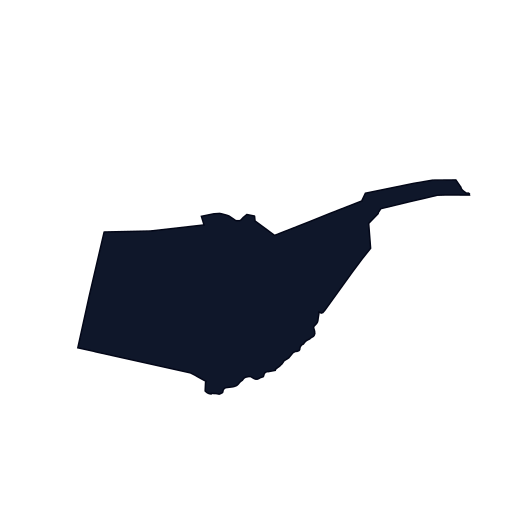 Hwange Urban, Matabeleland North, Zimbabwe, rotated 36°
{"feature_id": "62879985B63106535588765", "entity_name": "Hwange Urban", "entity_type": "district", "adm_level": 2, "iso_a3": "ZWE", "parent_name": "Zimbabwe", "parent_adm1": "Matabeleland North", "projection": "mercator", "projection_center": [26.527, -18.338], "detail": "fine", "context": "isolated", "style": "filled", "palette": "ink", "viewbox_px": 512, "rotation_deg": 36, "n_neighbors": 0, "source": "geoboundaries", "source_scale": "gbopen_adm2", "svg_char_len": 5289}
<svg xmlns="http://www.w3.org/2000/svg" viewBox="0 0 512 512"><g transform="rotate(36 256 256)"><path d="M309.0,148.5L309.3,148.9L309.4,149.0L290.7,178.2L279.2,196.6L258.9,228.4L234.6,228.2L231.5,224.7L231.4,224.7L231.2,224.6L224.2,227.8L223.2,231.7L223.2,231.9L223.1,232.0L223.0,232.3L223.0,232.6L222.6,235.9L222.5,236.1L222.3,236.5L222.1,236.9L222.0,237.0L221.9,237.2L221.7,237.3L219.2,239.1L218.9,239.1L218.7,239.2L218.3,239.3L216.2,239.3L210.7,239.5L210.2,239.6L209.8,239.8L209.6,239.8L209.4,239.9L209.1,240.0L208.8,240.0L203.3,242.1L203.2,242.2L203.0,242.3L202.9,242.3L202.7,242.4L202.5,242.6L202.2,242.6L201.7,242.8L197.0,246.7L188.5,256.0L195.7,261.4L155.7,298.0L119.1,325.8L119.1,326.0L144.5,386.2L165.8,435.0L182.0,427.9L182.1,428.0L271.7,389.1L277.3,388.2L277.5,388.2L279.0,388.1L289.4,386.8L289.5,387.7L289.5,388.0L294.2,395.1L294.7,395.1L294.9,395.2L295.6,395.2L295.8,395.3L297.2,395.3L297.4,395.2L297.7,395.2L299.0,394.9L299.6,394.6L299.9,394.5L300.1,394.4L300.4,394.2L300.6,394.1L300.4,393.9L300.5,393.8L300.5,393.6L300.7,393.4L300.8,393.4L300.9,393.1L301.1,393.0L301.7,392.7L301.8,392.5L302.0,392.5L302.3,392.3L302.4,392.2L302.5,392.2L302.9,391.9L303.0,391.9L303.1,391.7L303.3,391.6L303.5,391.5L303.9,391.2L304.1,391.1L304.5,390.8L304.7,390.7L304.8,390.7L305.0,390.5L305.5,390.3L305.7,390.2L306.0,390.1L306.3,389.9L306.5,389.9L306.8,389.7L307.0,389.6L307.3,389.5L307.7,389.1L307.8,388.9L308.0,388.6L308.1,388.4L308.2,388.2L308.4,387.9L308.4,387.7L308.6,387.4L308.9,386.9L309.0,386.7L309.1,386.4L309.1,385.9L309.1,385.5L308.9,385.2L308.7,385.0L308.7,384.8L308.5,384.3L308.4,384.1L308.2,383.7L308.2,382.0L308.3,381.8L308.4,381.6L308.5,381.2L308.7,380.7L308.9,380.4L309.0,380.3L309.1,380.1L309.3,380.0L314.0,375.6L314.5,375.1L314.6,374.9L314.7,374.7L315.4,374.0L315.5,373.7L315.8,373.3L315.9,373.1L316.1,372.9L316.2,372.7L316.3,372.5L316.5,372.0L316.7,371.5L316.7,371.3L316.9,370.5L316.9,370.1L317.0,369.8L317.0,368.5L317.1,368.3L317.1,367.7L317.2,367.3L317.2,366.9L317.3,366.7L317.4,366.4L317.5,366.2L317.5,365.8L317.8,365.1L318.0,364.6L318.0,362.7L318.1,362.0L318.2,361.8L318.2,361.6L318.5,360.9L318.6,360.7L318.8,360.2L319.1,359.9L319.3,359.7L319.7,359.1L320.0,358.9L320.4,358.5L320.5,358.3L321.1,357.7L321.4,357.5L321.6,357.4L322.0,357.1L322.7,356.7L323.0,356.6L325.0,356.5L325.4,356.4L326.6,356.3L327.0,356.2L327.4,356.1L328.2,355.8L328.5,355.5L328.8,355.4L329.1,355.2L329.4,354.9L329.6,354.7L329.8,354.4L330.1,353.9L330.3,353.5L330.4,353.3L330.6,352.9L330.7,352.6L330.9,352.2L331.2,351.7L331.4,351.4L331.9,350.7L332.2,350.3L332.4,349.9L332.6,349.8L332.7,349.5L332.8,349.3L332.8,349.1L332.7,348.9L332.6,348.6L332.6,348.3L332.4,347.9L332.3,347.7L332.2,347.4L331.9,346.4L331.9,345.1L332.0,344.9L332.2,344.2L332.3,344.0L332.5,343.8L332.6,343.5L332.9,343.2L333.0,343.0L333.2,342.9L333.3,342.8L333.4,342.6L333.5,342.4L333.9,342.4L338.8,337.2L338.6,336.8L338.6,336.4L338.5,336.1L338.5,335.8L338.5,335.6L338.7,335.0L338.8,334.6L338.9,334.3L339.0,333.8L339.0,333.6L339.2,333.1L339.3,333.0L339.3,332.7L339.5,332.4L339.6,332.2L339.7,331.5L340.0,330.7L340.0,330.4L340.0,330.2L340.0,329.9L340.1,329.4L340.2,329.1L340.3,328.9L340.3,328.6L340.4,328.3L340.4,328.2L340.4,325.7L340.3,324.9L340.4,324.0L340.5,323.8L340.7,323.5L340.8,323.0L341.1,322.3L341.3,321.9L341.4,321.6L341.6,321.3L341.6,321.2L341.7,320.9L341.8,320.7L341.8,320.4L342.0,320.2L342.1,319.9L342.2,319.6L342.3,319.4L342.4,319.2L342.4,318.6L342.8,312.3L342.9,312.2L343.0,312.0L343.2,311.7L343.3,311.2L343.5,311.0L343.7,310.5L344.1,310.1L344.4,309.7L344.6,309.6L345.4,308.9L345.5,308.6L345.8,308.2L346.1,307.8L346.2,307.4L346.4,307.2L346.4,306.2L346.3,305.9L346.2,305.8L346.2,305.7L346.0,305.4L345.8,305.1L345.7,304.9L345.7,304.7L345.4,304.3L345.4,304.1L345.2,303.1L345.2,301.2L345.3,301.0L345.3,300.8L345.5,300.6L345.6,300.3L345.7,300.1L345.8,299.9L345.9,299.7L346.0,299.6L346.1,299.4L346.1,299.2L346.1,297.1L346.2,296.8L346.2,296.4L346.3,296.1L346.3,295.8L346.7,294.6L346.8,294.3L347.5,292.8L347.7,292.6L347.8,292.4L347.9,292.1L348.0,291.9L348.2,291.6L348.2,291.3L348.4,290.3L348.7,289.5L348.9,289.2L349.0,288.8L349.1,288.5L349.3,288.2L349.4,287.8L349.6,287.5L349.7,287.3L349.7,286.9L349.7,286.5L349.7,286.2L349.7,285.9L349.4,285.0L349.3,284.8L349.3,284.6L349.3,284.4L349.2,284.2L348.8,283.8L348.6,283.6L348.5,283.4L348.2,283.1L348.0,282.9L347.7,282.4L347.4,282.2L347.0,281.9L346.4,281.4L345.9,281.1L345.5,280.7L345.1,280.4L344.8,280.1L344.6,279.8L344.4,279.5L344.3,279.3L344.2,279.1L344.7,274.9L344.7,274.6L344.6,274.4L344.6,274.0L344.6,273.8L344.6,273.6L344.5,273.3L344.5,273.1L344.4,272.9L344.2,272.3L343.7,271.2L343.5,270.9L343.4,270.9L343.3,270.6L340.8,265.7L340.7,265.7L340.6,265.4L340.4,265.2L339.9,264.7L339.8,264.1L341.8,263.9L342.3,263.9L343.0,262.9L343.3,262.7L343.6,259.5L343.4,212.4L343.6,195.8L344.2,182.4L328.0,163.4L329.9,150.0L329.4,148.8L329.2,144.3L347.5,122.8L359.4,109.1L366.9,100.3L373.9,94.9L392.9,81.2L391.9,80.3L391.9,80.2L391.7,80.2L390.9,80.2L389.3,81.5L387.7,81.5L385.4,81.5L385.2,81.4L384.1,81.4L383.9,81.3L383.8,81.2L383.2,81.1L382.8,81.0L382.6,80.8L382.4,80.8L382.3,80.6L382.1,80.5L381.8,80.4L381.7,80.2L381.4,80.0L381.3,79.9L381.2,79.9L380.8,79.7L380.6,79.7L380.4,79.6L373.0,77.0L354.3,90.8L340.7,104.7L307.6,140.9L309.0,148.5Z" fill="#0f172a" stroke="#020617" stroke-width="1.5"/></g></svg>